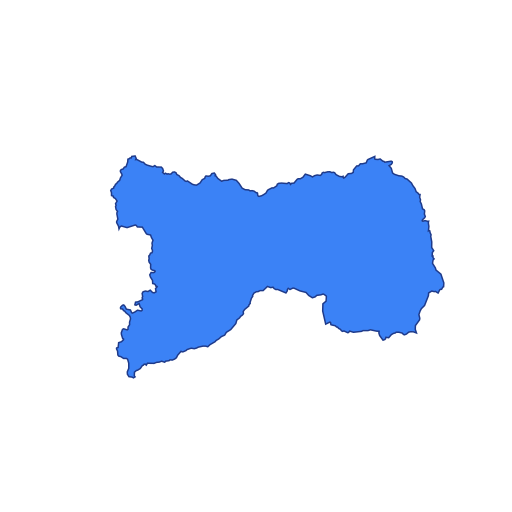 the district of La Ceja, Antioquia, Colombia, rotated 58°
{"feature_id": "7082276B13386245967874", "entity_name": "La Ceja", "entity_type": "district", "adm_level": 2, "iso_a3": "COL", "parent_name": "Colombia", "parent_adm1": "Antioquia", "projection": "orthographic", "projection_center": [-75.43, 5.984], "detail": "fine", "context": "isolated", "style": "filled", "palette": "blue", "viewbox_px": 512, "rotation_deg": 58, "n_neighbors": 0, "source": "geoboundaries", "source_scale": "gbopen_adm2", "svg_char_len": 6121}
<svg xmlns="http://www.w3.org/2000/svg" viewBox="0 0 512 512"><g transform="rotate(58 256 256)"><path d="M294.4,424.5L294.4,422.6L293.1,422.7L290.1,420.6L289.7,418.1L290.1,416.9L290.1,413.8L288.7,410.4L288.9,409.3L288.5,408.5L288.9,407.3L290.4,406.9L289.4,404.9L293.0,399.4L293.5,396.7L294.7,394.3L295.2,391.8L297.7,389.7L297.3,388.4L298.7,385.2L298.5,384.0L299.9,382.1L300.3,379.5L300.1,377.4L298.6,375.0L297.1,370.1L298.1,369.5L298.6,368.6L299.1,365.4L298.8,364.2L299.5,361.0L300.0,359.6L301.9,357.5L302.6,355.1L302.7,353.3L304.3,348.8L305.8,346.4L307.4,345.0L306.8,342.0L307.0,336.1L306.5,334.5L306.6,331.6L306.0,328.1L306.5,324.5L305.0,321.6L305.0,316.4L302.6,308.9L300.1,306.2L299.8,302.9L299.0,300.9L298.9,298.9L298.3,297.2L296.5,296.4L295.9,295.4L295.3,293.8L294.6,288.6L293.8,288.0L293.1,286.0L292.2,285.6L289.3,282.1L288.5,280.2L287.7,279.9L286.4,277.5L286.5,274.5L287.3,273.2L287.5,270.9L289.1,268.3L287.9,262.4L290.6,260.3L291.5,258.1L293.2,257.9L294.9,257.0L295.9,255.3L303.2,250.2L302.1,247.9L301.1,247.2L300.5,245.8L302.4,244.9L302.7,242.0L303.3,240.9L308.9,237.2L313.4,232.9L317.4,232.2L321.3,230.3L322.0,227.5L321.6,225.3L323.3,221.6L323.8,219.3L324.3,218.8L326.9,217.7L327.7,217.8L331.4,220.5L332.0,224.6L338.0,228.6L350.7,233.0L351.2,228.3L352.5,228.1L353.2,228.7L354.1,228.8L357.2,225.7L358.9,225.3L359.6,224.5L361.2,224.3L362.9,223.3L364.8,223.1L365.8,222.5L366.2,221.1L369.7,218.8L369.9,218.0L369.3,216.4L372.3,213.8L375.8,206.5L376.0,204.7L378.6,200.6L379.2,198.1L383.5,193.7L385.1,191.5L386.4,192.6L389.0,193.3L394.7,192.9L395.1,191.0L394.8,190.0L393.8,188.9L395.6,186.8L394.4,182.8L394.5,180.3L395.1,178.6L394.9,177.5L396.4,175.2L398.8,172.9L400.7,172.5L401.5,171.9L401.9,169.8L401.5,166.9L402.1,165.2L403.6,162.8L406.3,160.7L402.6,159.8L399.5,157.7L396.8,151.1L395.6,150.1L392.0,148.9L389.7,146.1L388.3,143.7L387.3,139.3L381.0,130.8L378.8,129.2L378.9,125.5L380.7,123.7L381.1,122.6L383.9,121.2L382.0,118.0L382.1,116.9L382.6,116.3L381.4,114.1L381.5,113.2L378.4,111.0L369.4,108.8L363.3,110.8L361.1,110.2L355.8,110.2L353.3,108.1L352.8,106.5L351.2,106.8L349.8,105.9L349.4,106.6L346.5,104.6L345.7,102.5L341.9,102.5L337.2,99.5L331.9,97.4L330.8,96.3L328.5,96.0L326.7,95.3L326.0,95.8L326.0,96.4L322.5,93.7L319.2,92.3L318.0,91.2L317.8,91.8L315.6,93.9L314.9,96.1L314.2,96.4L313.5,95.5L312.9,92.6L312.2,91.5L309.7,91.0L307.1,89.0L305.8,88.9L304.3,89.8L299.5,88.2L296.8,87.9L295.5,86.7L292.9,86.1L290.8,84.3L290.3,85.1L288.4,85.3L286.4,86.1L283.0,85.4L279.2,85.7L276.5,85.5L270.8,87.1L269.3,88.5L267.3,88.9L265.5,90.0L263.6,92.4L260.1,95.3L258.0,96.2L253.3,94.8L249.9,95.3L250.0,92.7L249.2,91.0L248.2,90.5L247.2,91.1L244.7,97.1L243.5,97.4L242.8,98.2L239.5,99.3L238.8,101.4L237.2,103.6L236.5,103.9L234.5,102.5L233.5,109.9L233.7,110.8L235.4,113.2L234.2,116.9L233.1,118.7L233.9,121.2L233.0,122.9L234.6,127.7L236.6,129.2L236.6,131.2L235.1,134.2L236.4,138.7L236.4,140.3L235.5,140.5L234.6,139.9L234.2,141.3L232.7,143.1L229.4,145.0L227.0,145.2L226.0,146.0L225.4,147.5L223.7,148.7L222.6,150.6L221.6,153.7L220.7,154.6L220.7,156.0L221.5,157.0L221.8,158.7L219.7,161.2L218.9,163.8L218.9,166.2L216.7,167.4L212.7,170.8L214.1,174.5L214.0,177.4L212.8,179.3L212.8,180.6L214.3,185.2L213.2,187.3L213.6,188.8L211.9,188.7L211.0,189.5L211.1,191.2L207.7,195.7L206.4,198.3L206.4,199.9L207.5,201.2L207.6,205.1L206.7,206.3L206.3,210.4L206.4,211.4L207.9,214.2L208.0,216.5L207.9,219.3L207.1,221.7L206.6,222.3L205.5,222.4L203.5,221.4L202.8,221.6L202.5,222.3L199.9,223.3L198.5,224.7L197.6,226.5L196.1,227.2L194.0,230.1L191.1,231.8L185.5,231.9L181.4,232.6L178.1,235.6L176.8,238.6L176.9,239.6L174.8,243.3L174.4,245.5L170.0,247.3L166.9,247.5L166.3,248.1L165.6,247.2L163.5,247.4L162.7,249.8L163.8,252.2L163.1,254.2L161.6,256.0L161.9,257.1L163.0,258.4L162.8,261.2L164.4,264.7L164.4,268.9L162.8,270.8L161.5,271.9L156.0,274.4L155.8,275.6L155.0,276.3L151.2,277.4L149.3,278.4L147.1,278.7L144.9,280.0L143.2,279.7L141.6,280.5L140.8,282.2L141.4,284.6L140.7,286.1L139.6,287.0L139.5,288.0L137.8,288.9L137.9,290.2L135.6,290.9L134.8,289.4L132.3,288.8L130.4,289.2L127.9,293.1L125.7,293.9L125.7,295.8L125.2,296.6L121.3,300.1L119.5,301.3L116.9,301.8L115.9,303.1L110.9,306.0L110.5,306.9L109.8,305.9L107.1,305.5L105.7,308.6L106.7,309.8L106.1,310.8L106.3,312.1L106.0,313.3L108.3,315.0L111.4,318.9L110.9,320.5L111.8,322.6L111.3,324.4L111.6,325.6L112.6,326.3L115.5,326.4L116.6,326.8L117.9,329.5L119.6,331.5L120.0,334.3L120.7,335.8L120.7,337.1L121.7,338.5L122.1,340.0L123.0,340.7L122.7,343.0L123.5,344.5L125.7,345.0L128.2,346.5L129.7,345.3L130.9,345.8L132.7,344.8L135.8,344.7L137.2,347.4L138.9,347.8L139.6,348.9L142.4,350.0L144.8,349.8L145.5,350.9L146.6,351.7L151.5,353.6L152.9,355.9L153.9,356.5L157.9,356.8L160.4,357.8L159.3,356.2L159.2,354.3L163.6,350.3L165.7,342.0L166.7,341.3L168.5,341.2L171.3,337.1L178.8,337.2L179.8,336.9L182.3,334.3L185.0,334.9L188.0,335.0L190.0,337.4L192.1,338.3L194.4,340.5L196.1,340.7L197.4,341.5L198.1,342.4L197.7,344.0L198.8,345.5L199.2,346.9L201.8,348.2L202.7,349.2L204.6,349.9L207.2,349.7L210.2,351.7L211.7,352.0L213.1,351.3L214.8,349.6L215.6,349.7L216.0,350.8L215.7,351.9L214.4,353.7L215.7,356.1L218.0,356.7L221.9,356.7L224.6,358.2L225.9,356.9L227.1,356.6L228.5,356.9L229.0,356.2L229.7,356.1L230.4,358.5L233.4,359.7L233.3,361.9L232.1,363.1L228.9,363.8L228.9,366.4L227.1,368.4L226.5,370.7L227.4,372.4L230.3,373.6L231.2,374.8L232.4,374.9L232.9,375.4L232.3,380.4L231.3,382.6L233.2,384.6L234.2,383.8L234.4,380.3L237.6,381.2L240.6,380.6L241.6,381.2L241.8,382.0L241.7,382.6L239.2,385.2L239.3,388.7L238.9,391.1L238.1,391.5L235.2,391.1L232.4,394.1L229.3,393.8L227.4,394.1L227.0,395.3L227.5,397.6L228.2,398.5L229.1,398.7L230.3,397.2L232.1,397.3L233.1,396.6L235.2,396.4L239.3,394.9L241.1,395.0L242.8,395.7L245.1,398.3L247.3,399.6L248.4,402.1L250.3,403.4L250.4,404.4L247.6,406.8L247.5,408.1L249.8,411.0L251.2,411.7L255.3,412.8L256.1,412.3L256.8,412.7L257.4,415.5L256.7,418.4L260.5,421.4L260.1,422.9L260.8,423.5L263.3,423.8L266.7,425.6L268.1,425.5L269.8,423.9L272.7,422.6L274.2,420.2L275.5,419.6L279.4,420.7L283.8,423.4L286.1,426.6L288.1,427.7L291.0,427.7L293.1,425.2L294.4,424.5Z" fill="#3b82f6" stroke="#1e3a8a" stroke-width="1.5"/></g></svg>